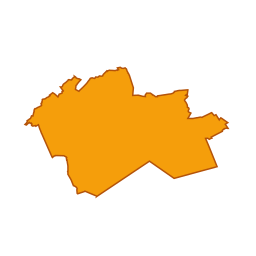 Terneuzen, Zeeland, Netherlands, rotated 160°
{"feature_id": "6326949B16829541191970", "entity_name": "Terneuzen", "entity_type": "district", "adm_level": 2, "iso_a3": "NLD", "parent_name": "Netherlands", "parent_adm1": "Zeeland", "projection": "natural_earth1", "projection_center": [3.831, 51.299], "detail": "fine", "context": "isolated", "style": "filled", "palette": "amber", "viewbox_px": 256, "rotation_deg": 160, "n_neighbors": 0, "source": "geoboundaries", "source_scale": "gbopen_adm2", "svg_char_len": 5321}
<svg xmlns="http://www.w3.org/2000/svg" viewBox="0 0 256 256"><g transform="rotate(160 128 128)"><path d="M101.9,64.9L57.5,61.2L58.3,84.1L58.7,91.7L56.6,91.1L55.5,89.6L53.4,89.9L52.7,89.8L52.9,91.0L40.5,92.6L40.5,92.8L40.4,93.3L39.5,93.8L39.3,93.9L38.9,93.9L38.6,93.9L38.4,93.9L38.2,94.0L38.0,94.4L37.9,94.4L37.8,94.5L37.5,94.5L36.9,94.3L35.6,94.2L35.3,94.1L34.9,93.9L34.6,93.6L34.4,93.5L34.1,93.4L35.3,98.3L32.4,98.9L36.5,104.8L37.3,105.8L39.3,104.7L39.5,104.5L40.8,110.4L42.8,110.2L44.1,113.8L45.1,113.8L45.2,113.7L45.4,113.7L51.2,113.1L53.6,112.9L54.0,112.8L54.7,112.6L55.0,112.7L55.3,113.0L55.8,113.3L56.4,113.5L59.7,114.0L59.8,114.1L63.6,114.7L64.0,114.8L66.9,115.9L68.5,116.5L63.8,120.5L65.5,122.3L65.6,122.5L65.7,123.1L65.7,123.3L64.1,125.0L64.1,125.6L64.1,125.9L64.2,126.3L64.3,126.4L64.9,126.8L65.0,126.9L65.1,127.0L64.7,128.2L64.5,129.4L64.5,130.0L64.8,132.3L65.4,134.3L65.4,134.6L65.4,134.8L65.3,135.0L65.2,135.1L63.8,136.0L63.6,136.1L62.9,136.2L62.6,136.2L60.9,137.4L62.7,139.0L61.7,139.4L61.0,138.9L58.8,143.1L58.7,143.4L61.2,144.1L65.0,145.1L67.1,145.8L68.3,146.0L68.6,146.1L69.4,146.1L70.7,146.3L71.9,146.5L72.0,146.2L72.1,145.9L74.1,145.3L76.2,145.4L78.2,145.9L82.4,146.7L83.7,147.0L86.4,147.5L88.7,148.0L89.3,148.1L89.4,147.9L89.6,147.4L91.4,148.0L92.9,150.2L93.3,150.4L93.6,150.6L93.5,150.9L95.0,153.1L98.6,154.4L100.6,153.0L100.9,151.6L103.3,152.7L106.5,154.9L107.1,155.2L107.1,155.3L112.4,157.0L111.6,158.8L109.2,163.9L109.0,169.5L108.7,177.1L108.8,177.2L108.9,179.0L109.0,179.4L109.2,179.5L109.1,179.8L109.3,181.4L109.4,182.0L109.4,182.3L109.3,183.5L109.3,184.0L109.8,184.7L110.0,185.3L110.2,185.5L111.2,185.5L111.6,185.5L112.9,186.0L113.2,186.1L113.5,186.3L113.8,186.7L114.4,187.6L115.3,187.8L117.4,188.1L116.9,186.0L117.1,186.0L117.4,186.0L118.0,185.9L118.0,186.3L120.4,186.3L123.1,187.5L125.1,188.3L125.8,188.7L126.0,188.7L126.7,188.6L127.3,188.7L127.7,188.6L127.8,188.7L128.1,188.9L128.2,188.6L128.4,188.3L128.6,188.4L129.0,188.6L132.9,186.8L133.0,186.7L133.7,186.0L134.0,185.6L135.3,185.8L137.1,186.7L138.5,186.2L138.9,186.1L139.0,186.1L141.0,187.0L142.2,186.0L142.5,186.0L144.5,187.4L146.3,187.6L147.1,187.1L147.6,186.5L148.0,186.4L148.8,185.9L149.0,185.8L149.2,185.7L150.7,184.6L151.4,184.2L151.9,183.9L155.1,182.3L156.0,181.9L156.9,181.4L157.9,181.1L158.5,180.7L159.0,180.6L161.4,179.5L161.6,179.3L164.1,182.1L164.2,182.3L163.4,183.6L163.1,184.2L162.5,185.4L162.4,185.6L162.2,185.8L161.7,186.0L161.3,186.1L161.2,186.2L160.9,186.6L158.6,188.0L157.2,188.8L156.4,189.0L156.1,189.3L155.8,189.5L156.0,189.7L156.9,190.8L157.1,190.9L157.4,191.0L158.4,191.7L158.8,192.0L159.4,192.5L159.5,192.6L159.5,192.8L159.7,193.2L159.7,193.6L159.9,193.9L160.2,194.4L160.5,194.8L160.5,194.7L160.9,194.5L160.9,194.4L161.0,194.3L161.1,194.2L161.4,194.2L161.5,194.2L161.8,194.1L162.1,194.0L162.8,193.7L164.1,193.0L164.0,192.8L164.1,192.7L164.5,192.6L164.9,192.5L165.1,192.6L165.3,192.8L166.1,193.1L166.4,193.3L166.8,193.6L167.0,193.7L167.4,193.7L167.7,193.7L168.0,193.3L168.2,193.1L169.5,192.7L170.3,192.3L171.1,192.0L172.3,191.7L173.8,191.2L174.0,191.0L174.5,190.6L175.4,189.6L175.8,189.4L176.1,189.3L176.5,189.3L177.5,189.7L177.2,188.5L177.2,188.4L176.1,185.0L176.3,184.9L176.5,184.8L177.3,184.9L177.5,184.9L177.6,184.3L178.0,183.4L179.1,183.3L181.1,183.3L183.2,181.2L184.3,183.3L184.6,183.8L185.3,185.1L186.7,186.9L190.5,185.7L190.2,185.0L192.3,184.4L193.7,184.4L194.4,184.2L195.4,183.9L195.8,183.8L196.2,183.8L198.3,184.2L198.6,184.2L198.8,184.1L198.9,183.9L199.1,183.3L199.3,182.8L199.5,182.5L199.9,182.2L200.0,182.0L200.1,181.7L200.2,181.4L200.2,181.2L200.3,181.1L200.6,181.0L201.0,181.0L201.3,180.8L201.4,180.7L201.4,180.2L201.4,179.5L201.3,179.3L201.3,179.2L201.5,178.8L201.7,178.7L201.9,178.6L204.0,178.3L205.8,178.2L208.0,177.8L208.1,177.7L208.4,177.8L208.8,178.0L209.4,177.7L209.6,177.5L209.9,177.1L210.4,176.3L210.4,176.2L210.4,175.8L210.5,175.6L210.7,175.3L210.9,175.3L211.1,175.2L211.3,174.8L211.8,174.0L212.1,173.6L212.3,173.3L212.4,173.1L213.3,171.8L214.2,172.4L214.3,172.4L214.7,172.2L214.8,172.1L215.1,171.6L215.3,171.4L216.1,170.6L216.7,170.2L217.2,170.2L217.7,170.0L218.1,170.0L218.7,169.6L219.4,169.6L220.2,169.4L220.4,169.3L220.3,168.7L220.6,168.3L221.1,167.9L221.6,167.6L222.1,167.2L223.6,166.6L223.2,166.1L222.7,166.2L222.4,165.6L222.0,165.7L221.5,166.0L221.0,166.2L220.7,166.3L219.3,166.9L218.9,167.1L218.3,165.8L218.0,165.9L217.4,165.9L216.9,164.5L217.6,163.9L217.7,163.5L217.5,163.1L216.9,162.4L214.1,161.9L214.0,161.2L211.1,161.7L211.1,161.0L211.1,159.8L211.2,158.6L211.2,157.0L211.1,155.6L211.1,154.8L211.1,154.2L211.1,152.5L211.0,152.3L209.9,135.4L209.6,131.2L209.3,126.7L209.2,126.6L209.0,126.4L209.0,126.2L208.2,126.5L207.7,126.6L207.7,126.8L206.0,127.0L205.8,127.0L205.7,127.0L205.3,126.8L205.3,126.7L205.2,126.7L204.4,126.5L197.8,123.9L197.7,123.9L197.6,123.7L197.0,123.0L196.1,122.1L195.9,121.8L195.8,121.6L196.1,121.6L196.1,121.4L196.6,118.9L196.3,118.9L197.4,113.0L197.6,112.4L199.1,108.2L199.5,108.0L199.7,107.5L199.6,107.3L199.5,107.2L200.2,105.3L200.3,105.1L199.4,100.0L199.2,98.9L199.0,92.5L198.8,92.5L198.6,92.3L197.4,90.9L197.1,90.5L197.0,90.4L196.6,89.2L196.5,88.7L196.5,88.4L197.1,87.6L197.2,87.4L198.1,84.1L198.1,83.9L197.8,83.4L190.8,83.2L190.5,83.2L190.1,83.4L180.5,74.5L180.6,74.4L119.2,89.5L101.9,64.9Z" fill="#f59e0b" stroke="#b45309" stroke-width="1.5"/></g></svg>